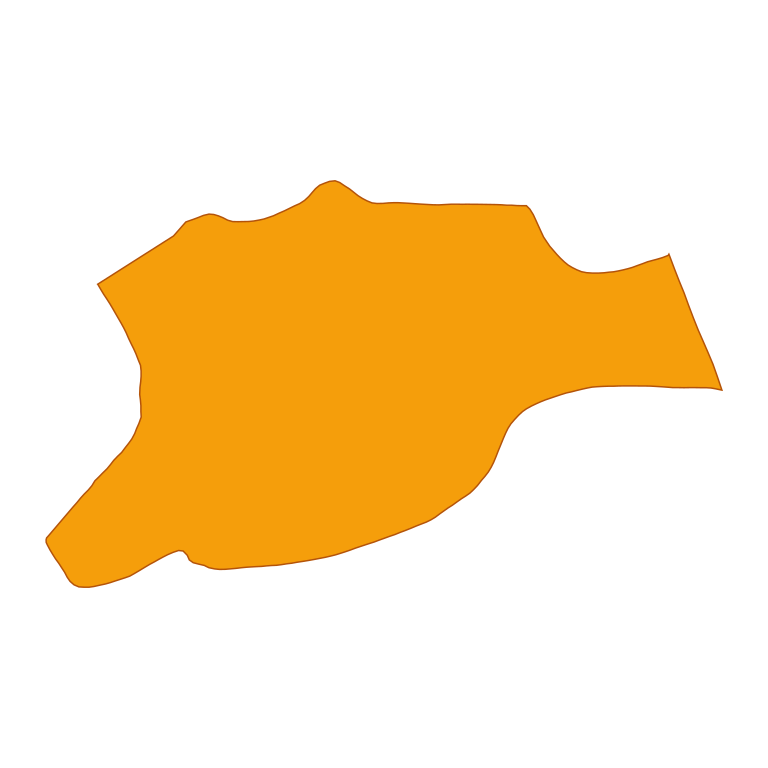 Hatib, Shabwah, Yemen (Natural Earth projection)
{"feature_id": "15242507B74993503022427", "entity_name": "Hatib", "entity_type": "district", "adm_level": 2, "iso_a3": "YEM", "parent_name": "Yemen", "parent_adm1": "Shabwah", "projection": "natural_earth1", "projection_center": [46.508, 14.178], "detail": "fine", "context": "isolated", "style": "filled", "palette": "amber", "viewbox_px": 768, "rotation_deg": 0, "n_neighbors": 0, "source": "geoboundaries", "source_scale": "gbopen_adm2", "svg_char_len": 3859}
<svg xmlns="http://www.w3.org/2000/svg" viewBox="0 0 768 768"><path d="M721.9,390.1L721.4,388.6L717.2,376.2L713.0,364.3L708.1,352.7L703.1,341.2L698.1,329.8L693.4,318.0L688.6,305.4L684.1,293.0L679.1,280.8L674.5,269.0L669.8,256.5L668.9,254.2L668.2,255.4L662.5,257.6L656.8,259.3L652.3,260.5L647.5,261.8L643.1,263.5L637.8,265.4L632.4,267.4L627.9,268.7L623.1,269.9L618.5,270.9L613.6,271.8L608.9,272.2L603.9,272.8L598.1,273.1L592.7,273.1L586.6,272.7L581.5,271.7L576.8,269.8L572.2,267.5L568.2,265.1L564.4,262.0L560.4,258.2L556.8,254.4L553.1,250.1L549.8,246.3L546.8,241.9L543.6,237.1L540.9,231.3L538.2,225.4L535.8,220.1L533.3,214.7L529.9,209.2L526.4,205.7L521.8,205.7L517.1,205.6L511.4,205.2L506.7,205.2L501.5,204.8L496.3,204.6L490.4,204.5L483.9,204.4L477.2,204.3L472.5,204.3L467.5,204.2L462.3,204.3L457.6,204.2L451.5,204.2L445.9,204.5L438.8,204.9L433.2,204.8L427.7,204.5L420.6,204.1L414.7,203.7L409.2,203.3L404.0,203.0L398.2,202.7L393.6,202.7L388.7,202.9L383.0,203.4L377.0,203.5L372.0,202.9L366.9,200.8L362.5,198.5L357.9,195.6L353.9,192.4L349.6,189.0L344.4,185.7L339.7,182.5L335.1,180.8L329.5,181.4L324.3,183.3L319.7,185.2L315.6,188.6L312.1,192.6L308.8,196.5L304.6,200.4L299.7,203.6L294.5,205.9L289.6,208.3L284.5,210.8L279.2,213.1L273.4,215.8L268.4,217.5L264.0,219.0L259.4,220.0L253.8,221.0L248.7,221.5L243.1,221.6L238.1,221.7L232.7,221.6L227.7,220.2L222.9,217.7L218.5,215.9L213.8,214.5L209.0,214.1L203.5,215.4L198.5,217.4L193.7,219.2L187.4,221.4L185.8,222.0L173.5,236.0L97.7,284.2L97.8,284.3L100.8,289.5L103.7,294.3L106.7,298.8L109.9,303.8L112.8,308.7L115.9,314.1L118.5,318.6L121.1,323.1L123.7,327.8L126.1,332.6L128.6,338.4L131.2,343.8L133.7,348.8L135.9,353.7L138.4,360.2L140.5,365.3L141.1,370.9L141.1,376.3L140.7,381.7L140.0,387.3L139.7,394.5L140.4,399.9L140.9,405.6L140.9,411.6L141.2,417.1L138.9,423.5L136.6,428.6L134.7,433.6L131.8,439.0L128.6,443.4L124.9,448.1L121.7,452.4L117.6,456.3L113.7,460.4L110.4,464.7L107.1,468.7L102.3,473.4L98.7,477.1L94.9,480.8L91.9,485.7L88.3,490.0L84.2,494.1L80.5,498.2L77.1,502.4L73.1,506.9L48.4,535.9L46.6,537.9L46.1,539.8L46.2,542.4L47.3,544.8L49.9,549.7L52.6,554.2L55.5,558.8L58.8,563.3L61.7,567.8L64.6,572.2L67.2,577.2L70.1,581.4L74.0,584.8L78.9,586.9L84.2,587.2L89.0,587.2L93.9,586.5L99.7,585.2L105.7,583.9L110.3,582.6L115.4,580.9L120.7,579.2L125.3,577.7L129.8,576.1L134.4,573.5L139.5,570.5L144.1,567.7L149.8,564.3L154.3,561.9L158.7,559.4L163.1,557.0L167.8,554.6L173.2,552.3L178.6,550.5L183.1,551.0L187.3,555.3L189.3,559.9L193.2,562.7L199.0,564.2L204.6,565.5L205.0,565.8L208.9,567.7L214.6,568.9L219.5,569.4L225.1,569.3L230.0,568.9L235.7,568.4L241.5,567.7L246.8,567.2L251.5,566.9L256.8,566.6L261.6,566.4L266.4,565.9L271.4,565.5L276.4,565.3L281.1,564.7L286.7,563.8L291.8,563.2L297.3,562.2L302.1,561.5L308.3,560.5L314.9,559.3L320.1,558.3L325.3,557.3L330.9,556.0L335.7,554.8L340.2,553.4L344.9,551.9L349.6,550.3L355.8,548.0L361.8,546.0L368.5,543.8L374.2,542.0L379.2,540.1L384.2,538.3L389.4,536.4L395.0,534.5L400.4,532.3L405.0,530.6L410.8,528.3L416.5,525.9L421.1,524.1L426.3,522.1L430.8,519.9L435.3,517.2L439.8,513.8L443.9,510.9L448.1,507.9L452.4,505.2L456.4,502.3L461.5,498.7L465.6,496.1L469.9,493.1L473.5,489.7L477.4,485.6L481.6,480.2L484.9,476.4L488.3,472.0L491.2,467.2L493.6,462.4L496.1,456.4L498.1,451.2L500.3,445.9L503.4,438.3L505.6,433.2L508.0,428.3L510.9,423.8L514.5,419.6L518.7,415.1L522.6,411.5L526.6,408.7L531.5,406.0L536.1,403.8L540.6,401.8L545.6,399.8L550.6,398.1L555.6,396.4L561.0,394.6L566.5,392.9L571.6,391.8L576.2,390.6L582.4,389.1L587.4,388.0L592.1,387.1L597.3,386.7L602.8,386.4L608.6,386.2L613.3,386.2L618.3,386.0L624.3,385.9L630.3,385.9L635.2,385.9L640.2,386.0L645.6,386.0L650.6,386.1L655.6,386.4L662.2,386.8L667.8,387.2L672.9,387.6L678.2,387.6L684.0,387.7L690.0,387.6L694.8,387.6L700.7,387.7L706.2,387.7L711.0,388.0L715.6,388.8L720.8,389.9L721.9,390.1Z" fill="#f59e0b" stroke="#b45309" stroke-width="1.5"/></svg>